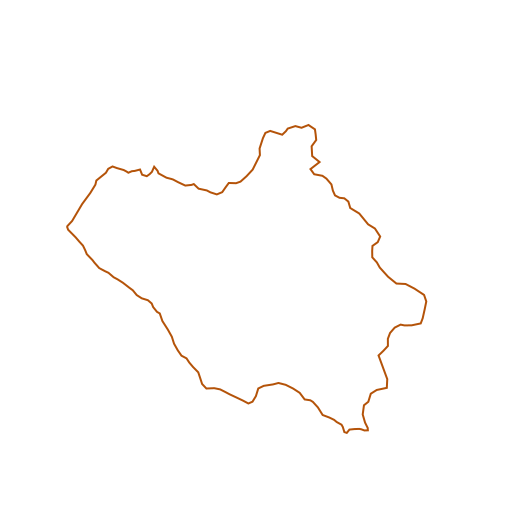 outline of Pissouri, Limassol, Cyprus, rotated 28°
{"feature_id": "46923920B91138385914962", "entity_name": "Pissouri", "entity_type": "district", "adm_level": 2, "iso_a3": "CYP", "parent_name": "Cyprus", "parent_adm1": "Limassol", "projection": "natural_earth1", "projection_center": [32.701, 34.673], "detail": "fine", "context": "isolated", "style": "outline", "palette": "amber", "viewbox_px": 512, "rotation_deg": 28, "n_neighbors": 0, "source": "geoboundaries", "source_scale": "gbopen_adm2", "svg_char_len": 2319}
<svg xmlns="http://www.w3.org/2000/svg" viewBox="0 0 512 512"><g transform="rotate(28 256 256)"><path d="M75.4,318.2L75.6,319.0L77.8,321.0L81.6,322.2L88.0,324.2L93.1,326.2L98.4,328.1L102.5,331.1L105.7,333.8L113.6,336.4L116.4,337.7L123.3,340.3L129.7,340.3L133.6,340.1L140.3,341.6L144.7,341.6L151.0,342.1L159.1,343.5L163.3,344.1L169.0,346.5L175.0,347.0L181.3,345.8L186.2,346.9L189.2,349.4L194.8,351.8L198.0,351.9L203.9,357.4L212.6,362.3L219.6,366.8L224.8,371.9L231.2,376.0L237.0,379.0L242.7,379.0L247.1,381.4L252.6,383.6L259.6,385.8L263.1,389.1L268.5,394.3L274.4,396.3L281.2,392.3L287.0,390.6L292.9,390.5L297.5,390.5L305.5,390.1L312.3,389.8L318.5,389.8L321.3,386.3L321.7,379.8L320.2,371.9L323.8,367.0L331.3,361.4L335.4,357.6L342.7,355.8L350.9,355.6L358.8,356.3L366.3,359.8L371.7,357.9L374.7,358.1L381.7,360.6L389.5,365.1L396.5,364.2L401.9,364.0L405.2,364.7L410.7,364.8L412.9,366.2L416.7,370.0L419.2,369.6L420.0,365.4L424.0,362.7L428.3,360.2L430.2,359.6L433.7,359.1L436.6,357.4L436.1,356.6L435.4,355.4L430.5,351.9L424.6,345.8L421.4,337.1L423.6,332.0L422.0,323.7L425.5,317.6L433.4,311.0L429.7,303.1L410.9,286.3L413.0,279.9L414.7,273.5L411.3,267.2L410.5,261.0L412.1,254.1L415.9,248.7L419.6,247.6L425.9,244.2L433.1,238.2L432.4,232.7L430.0,224.0L427.7,216.2L424.1,212.8L422.7,211.5L411.3,210.4L401.2,210.5L392.9,214.4L382.3,212.3L370.7,208.1L365.7,204.9L359.3,202.6L356.2,197.0L354.1,192.4L357.0,186.6L356.5,180.5L348.1,175.9L340.1,175.4L327.2,170.0L316.7,169.4L312.0,164.6L306.9,163.6L302.4,165.4L297.3,165.4L293.2,162.2L289.0,157.4L281.8,154.6L277.0,154.0L269.0,156.5L263.3,153.7L268.0,143.2L258.7,141.4L253.6,133.0L254.7,125.3L251.7,120.8L248.6,116.5L240.8,115.7L236.0,121.4L229.8,122.8L224.2,128.6L223.8,131.8L222.2,136.6L209.8,138.9L206.5,142.9L206.8,148.7L208.7,159.4L212.1,165.1L212.5,181.3L210.2,190.0L207.4,197.6L204.2,201.1L197.7,204.3L196.9,209.7L196.2,215.5L192.5,220.0L185.8,221.2L181.8,221.2L173.7,223.5L167.3,221.7L165.7,223.5L160.5,227.0L152.5,227.4L146.9,227.4L145.2,227.7L140.2,228.9L131.1,228.8L129.1,227.0L124.2,225.0L124.6,230.6L123.6,233.8L122.1,236.8L117.3,237.7L113.0,234.1L109.0,237.8L106.6,239.4L104.2,242.4L102.0,242.2L98.8,242.2L91.8,243.7L87.3,244.3L84.6,248.4L84.4,253.0L79.6,264.3L80.7,268.4L80.1,278.2L78.1,291.7L77.2,311.4L75.4,318.2Z" fill="none" stroke="#b45309" stroke-width="2"/></g></svg>